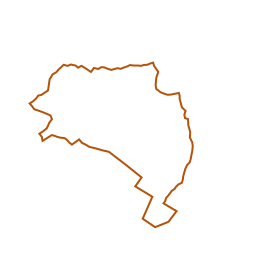 outline of Triunfo, Paraíba, Brazil, rotated 131°
{"feature_id": "56859067B33626956315035", "entity_name": "Triunfo", "entity_type": "district", "adm_level": 2, "iso_a3": "BRA", "parent_name": "Brazil", "parent_adm1": "Paraíba", "projection": "mercator", "projection_center": [-38.572, -6.599], "detail": "fine", "context": "isolated", "style": "outline", "palette": "amber", "viewbox_px": 256, "rotation_deg": 131, "n_neighbors": 0, "source": "geoboundaries", "source_scale": "gbopen_adm2", "svg_char_len": 1508}
<svg xmlns="http://www.w3.org/2000/svg" viewBox="0 0 256 256"><g transform="rotate(131 128 128)"><path d="M62.2,151.9L64.9,153.6L67.6,154.9L70.0,157.4L72.4,158.8L74.5,161.7L77.2,164.8L79.2,167.8L82.1,169.0L84.2,170.3L88.1,172.3L89.8,175.2L91.9,176.6L95.1,178.7L96.7,182.3L97.9,185.9L99.6,188.0L103.1,189.3L105.0,193.1L110.0,192.7L110.9,199.7L111.6,203.9L115.2,205.2L115.2,208.4L117.6,212.8L120.7,214.3L122.5,218.0L129.3,218.7L133.0,218.7L136.9,220.1L140.0,219.5L142.6,219.1L152.1,213.0L159.9,215.1L162.4,217.0L165.9,216.7L170.3,217.2L174.0,218.3L174.5,214.7L175.3,211.1L173.3,206.1L171.8,202.2L170.7,198.9L169.4,194.8L171.2,191.2L176.0,190.8L178.3,190.0L181.6,189.1L186.5,190.0L190.5,191.1L191.2,187.2L193.8,184.0L183.4,180.9L182.0,178.2L181.2,175.8L179.6,172.6L177.3,169.4L177.0,166.3L177.5,162.7L177.3,159.4L168.7,157.4L169.4,152.9L168.3,148.9L167.6,144.7L165.5,140.8L163.2,136.1L161.6,132.5L159.8,129.3L158.5,126.6L157.2,105.7L156.4,85.3L167.3,84.2L163.9,64.5L186.8,57.4L185.1,42.5L172.2,35.9L158.9,36.8L161.6,51.7L158.5,52.0L156.1,53.3L152.5,53.3L146.9,53.7L143.5,52.9L141.0,53.2L137.6,53.0L134.1,51.4L130.9,52.8L128.8,54.3L126.2,55.6L123.9,56.7L121.1,58.0L116.9,59.1L113.5,58.9L110.9,60.0L103.1,64.5L99.1,67.3L96.8,70.0L94.5,75.2L90.3,78.3L86.2,84.5L81.9,88.5L83.1,91.5L81.0,94.2L77.4,95.7L77.0,101.0L71.9,108.4L69.9,110.0L68.2,112.6L74.6,117.5L77.0,120.0L78.3,123.0L79.6,126.7L80.0,132.3L77.5,135.3L71.7,139.5L65.8,142.0L64.0,149.1L62.2,151.9Z" fill="none" stroke="#b45309" stroke-width="2"/></g></svg>